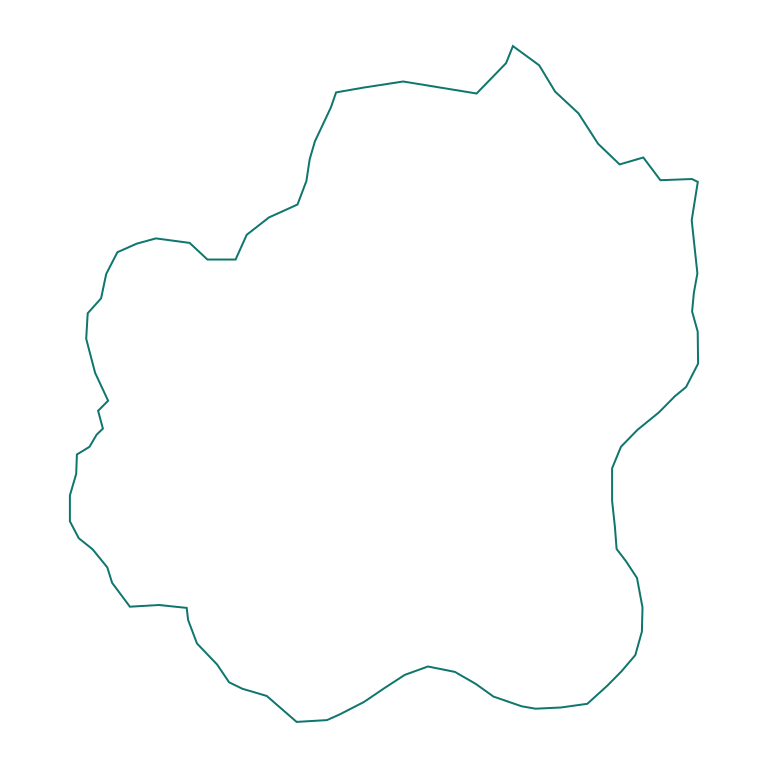 the district of Agia Anna, Larnaca, Cyprus
{"feature_id": "46923920B8149525984210", "entity_name": "Agia Anna", "entity_type": "district", "adm_level": 2, "iso_a3": "CYP", "parent_name": "Cyprus", "parent_adm1": "Larnaca", "projection": "equal_earth", "projection_center": [33.489, 34.939], "detail": "fine", "context": "isolated", "style": "outline", "palette": "teal", "viewbox_px": 768, "rotation_deg": 0, "n_neighbors": 0, "source": "geoboundaries", "source_scale": "gbopen_adm2", "svg_char_len": 1258}
<svg xmlns="http://www.w3.org/2000/svg" viewBox="0 0 768 768"><path d="M229.1,682.3L242.5,688.8L266.8,696.0L296.6,721.9L298.3,721.8L326.9,720.1L333.7,717.1L339.1,714.7L363.9,702.0L384.3,688.2L404.7,674.9L427.9,666.5L454.9,671.9L475.9,684.0L493.5,696.6L521.7,706.3L535.5,708.7L560.8,707.5L587.3,703.8L607.2,685.8L621.5,671.3L635.3,655.1L641.9,631.6L642.5,607.5L637.0,578.0L625.9,561.1L616.6,549.0L614.9,526.8L612.1,500.9L612.1,468.3L621.0,446.7L637.5,429.8L659.0,412.3L675.0,396.1L686.1,387.0L698.1,363.6L697.7,331.6L692.1,311.5L693.9,292.6L697.4,273.4L694.2,243.7L691.7,220.2L697.8,181.9L691.9,179.0L660.4,180.2L643.3,157.5L619.6,164.4L598.1,143.8L578.5,113.4L555.1,91.6L539.2,65.3L512.9,46.1L506.1,63.1L476.6,93.5L403.1,81.5L363.5,87.6L336.1,92.4L330.9,107.4L314.9,141.4L309.7,159.2L306.4,181.0L297.5,204.5L269.0,217.4L246.7,234.8L235.6,259.5L207.4,259.5L189.6,242.9L155.9,238.4L136.6,243.7L117.4,252.2L106.2,274.0L101.1,298.3L87.7,313.3L86.2,338.8L95.1,372.8L108.1,400.7L98.1,410.8L102.9,428.6L96.6,434.7L89.5,446.8L76.9,454.5L76.2,473.9L69.9,495.4L69.9,508.8L69.9,521.3L78.8,538.3L92.5,549.2L107.3,567.4L112.1,582.8L129.9,606.7L158.9,605.0L186.7,607.9L188.1,620.0L197.0,643.5L217.1,664.5L229.1,682.3Z" fill="none" stroke="#0f766e" stroke-width="2"/></svg>